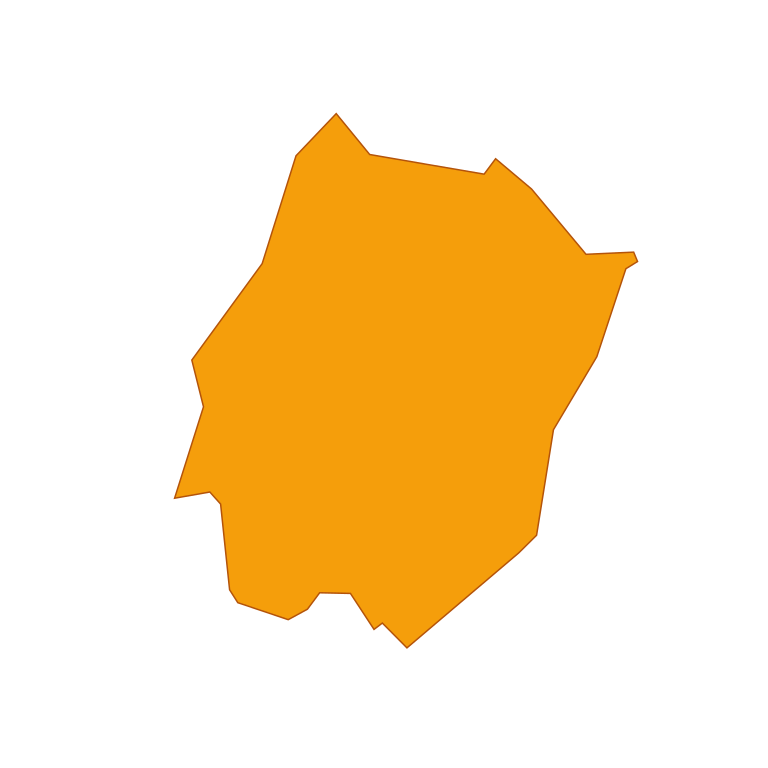 Ayod, Jonglei, South Sudan (orthographic projection), rotated 130°
{"feature_id": "79223893B14285446390064", "entity_name": "Ayod", "entity_type": "district", "adm_level": 2, "iso_a3": "SSD", "parent_name": "South Sudan", "parent_adm1": "Jonglei", "projection": "orthographic", "projection_center": [30.968, 8.272], "detail": "fine", "context": "isolated", "style": "filled", "palette": "amber", "viewbox_px": 768, "rotation_deg": 130, "n_neighbors": 0, "source": "geoboundaries", "source_scale": "gbopen_adm2", "svg_char_len": 567}
<svg xmlns="http://www.w3.org/2000/svg" viewBox="0 0 768 768"><g transform="rotate(130 384 384)"><path d="M207.6,594.4L265.7,598.1L370.1,554.7L489.2,546.6L517.5,507.6L606.1,471.0L578.7,448.0L581.0,432.0L640.9,370.0L645.5,355.4L626.1,305.9L605.7,297.9L585.3,299.1L566.0,275.1L578.4,233.9L568.2,231.6L571.4,196.8L426.7,172.2L401.8,169.9L310.1,224.8L226.3,238.5L140.2,272.8L127.2,268.5L122.5,277.5L148.8,306.1L154.8,312.6L139.8,396.2L139.7,443.3L158.9,442.2L188.4,492.7L217.4,542.5L210.2,580.6L207.6,594.4Z" fill="#f59e0b" stroke="#b45309" stroke-width="1.5"/></g></svg>